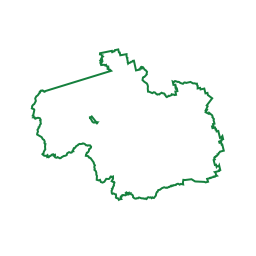 outline of Baw Baw, Victoria, Australia, rotated 248°
{"feature_id": "25037944B5488167520198", "entity_name": "Baw Baw", "entity_type": "district", "adm_level": 2, "iso_a3": "AUS", "parent_name": "Australia", "parent_adm1": "Victoria", "projection": "albers", "projection_center": [146.104, -37.97], "detail": "fine", "context": "isolated", "style": "outline", "palette": "green", "viewbox_px": 256, "rotation_deg": 248, "n_neighbors": 0, "source": "geoboundaries", "source_scale": "gbopen_adm2", "svg_char_len": 5795}
<svg xmlns="http://www.w3.org/2000/svg" viewBox="0 0 256 256"><g transform="rotate(248 128 128)"><path d="M59.5,111.8L59.3,112.4L57.8,114.1L56.9,116.0L56.3,116.5L56.2,117.6L55.2,118.3L55.3,118.9L56.2,120.0L56.2,120.9L55.3,122.1L55.2,123.2L54.1,123.6L54.4,124.8L53.9,125.0L53.4,125.8L54.9,128.5L56.8,129.7L57.9,131.0L57.8,131.5L59.1,132.8L58.8,134.5L59.5,136.9L59.5,139.3L58.2,140.9L58.3,141.5L57.8,142.2L58.1,143.7L57.8,144.1L58.2,145.6L57.9,145.6L57.7,146.4L58.2,147.4L57.6,147.9L57.9,149.0L57.4,150.0L57.5,150.9L57.3,151.1L57.7,151.7L57.7,153.1L57.4,153.8L56.1,154.7L56.4,155.9L55.0,158.0L56.7,158.4L59.2,159.9L58.4,161.4L56.7,167.7L53.3,170.2L49.4,178.7L48.5,179.6L48.2,182.1L51.2,182.3L50.7,185.7L51.0,185.7L50.4,189.7L50.8,189.6L50.4,192.6L51.5,192.1L53.7,192.4L54.6,192.0L54.0,196.4L54.7,196.5L54.5,197.8L59.1,198.5L58.7,198.1L58.7,197.3L59.3,196.4L58.8,195.6L61.0,195.9L61.2,194.7L66.2,195.4L66.3,196.6L67.0,196.4L68.3,197.0L68.6,197.7L68.3,198.1L69.0,199.2L68.8,199.6L69.1,200.3L69.7,201.3L70.0,201.3L69.8,201.9L70.9,202.9L71.0,203.6L71.6,204.4L71.1,208.3L77.3,209.2L77.4,208.6L79.8,208.9L80.0,207.3L81.3,207.4L81.3,210.1L82.2,210.3L82.0,212.0L85.2,212.5L84.2,210.8L84.5,210.6L84.4,209.6L91.4,210.6L91.6,208.9L93.7,209.2L93.8,208.6L95.8,208.9L96.2,206.3L98.0,206.5L97.8,208.0L99.8,208.3L99.6,209.8L103.3,210.3L104.1,211.0L106.4,210.3L106.8,210.7L108.2,210.8L111.7,208.9L110.9,208.2L113.5,205.9L115.1,207.8L115.4,206.8L118.3,210.0L119.4,209.4L124.0,217.2L128.6,214.4L130.8,214.8L131.1,212.8L136.0,213.5L136.6,209.7L138.2,209.9L138.6,207.4L140.9,208.4L141.2,208.1L143.3,208.5L143.7,207.3L144.4,206.7L145.0,205.0L147.3,203.2L148.0,198.8L148.5,198.4L149.1,197.3L148.4,195.5L150.2,193.3L151.3,192.8L152.0,191.9L152.1,191.3L153.6,189.7L153.9,189.0L153.4,188.2L153.4,187.7L154.3,186.9L151.0,186.3L150.9,187.0L150.0,187.7L150.1,188.1L148.2,187.8L148.2,187.3L146.5,187.0L146.3,188.1L143.7,187.6L144.1,185.6L140.8,185.0L141.1,183.5L141.9,182.9L142.1,182.2L142.9,181.2L142.2,180.7L142.2,178.0L142.6,177.8L142.1,175.6L143.1,175.0L144.5,175.0L145.1,174.5L145.9,174.7L146.6,174.3L147.3,173.0L148.1,172.4L147.7,170.2L147.4,169.6L148.1,168.4L148.0,167.7L148.9,167.0L150.8,166.3L151.5,165.3L151.2,163.6L153.7,161.2L154.2,160.2L157.2,161.1L159.2,162.1L161.1,162.3L162.3,162.1L164.8,160.4L167.0,159.4L169.2,160.8L169.4,161.7L169.2,162.3L170.7,165.5L171.2,165.5L173.0,166.7L175.0,166.0L175.8,165.3L178.7,164.7L179.5,163.7L179.6,162.7L179.0,162.0L178.6,162.4L179.1,162.5L179.4,163.2L178.4,163.4L178.5,163.0L178.1,162.8L178.4,162.2L178.3,160.3L178.1,159.9L177.9,160.0L178.4,157.0L188.2,158.7L188.4,157.8L187.9,157.6L188.2,155.6L187.8,154.9L187.9,152.9L187.6,152.2L189.1,152.3L189.9,152.8L191.4,152.9L193.1,153.6L193.2,153.3L195.0,153.5L197.0,154.3L198.3,148.1L201.1,148.6L201.5,147.9L204.5,148.4L205.1,145.0L204.2,144.2L204.6,143.2L204.1,142.1L204.2,141.7L205.6,141.9L207.8,130.1L206.8,129.6L206.4,130.4L205.0,131.0L204.9,131.4L204.3,131.0L203.6,131.4L203.4,130.2L202.4,129.4L201.9,128.5L201.4,128.5L201.7,129.2L201.5,129.7L200.2,129.4L200.5,129.1L200.3,128.8L200.6,127.6L200.0,127.7L199.1,127.0L198.5,128.1L198.0,127.6L198.2,127.2L197.9,126.8L196.4,126.7L195.6,129.4L195.1,130.2L194.5,130.3L194.7,131.3L193.7,131.3L192.8,131.8L192.5,132.4L192.1,132.0L191.6,132.5L190.8,132.3L190.8,131.4L190.5,131.3L190.4,131.8L188.9,132.3L188.8,133.1L187.3,133.8L193.2,65.3L192.8,64.3L193.0,63.9L193.6,63.9L194.8,62.9L194.6,62.1L195.3,61.5L194.7,59.8L193.8,59.7L193.4,58.3L192.8,57.8L192.0,56.3L191.7,54.9L190.7,53.6L190.0,53.0L187.6,52.7L185.3,50.0L185.1,48.8L184.1,47.2L182.9,46.8L182.2,46.2L180.5,47.9L179.8,47.9L175.9,45.3L175.1,44.3L174.3,45.0L173.4,44.8L173.2,44.3L172.5,45.5L171.6,45.3L171.3,45.6L171.4,47.2L171.2,48.4L170.1,49.9L168.5,50.1L168.0,49.4L167.4,49.7L166.3,49.1L164.6,48.8L163.8,47.4L162.3,46.4L162.2,45.4L161.4,45.2L160.2,43.4L158.4,43.2L157.1,41.9L156.0,41.3L151.9,44.5L149.6,44.8L148.3,45.7L147.1,45.7L146.2,45.6L145.5,44.9L144.0,45.0L143.9,45.3L142.1,44.2L139.0,43.2L138.6,42.3L137.1,40.7L135.9,40.1L136.0,39.1L135.7,38.8L133.7,39.9L133.2,40.8L132.9,41.9L132.6,42.0L133.0,43.2L132.4,43.2L131.2,42.4L131.0,43.2L130.6,43.5L131.3,45.2L131.1,45.7L131.8,47.3L131.7,48.6L130.7,48.5L130.6,50.3L130.0,50.2L129.2,49.1L127.9,49.6L127.1,50.8L127.4,51.8L125.5,53.4L125.3,54.3L125.8,55.6L126.1,58.1L125.8,59.0L125.8,60.9L127.3,62.1L127.7,64.3L126.5,65.7L126.4,66.7L127.1,67.6L126.9,68.5L127.9,68.4L128.5,69.5L129.1,69.7L129.6,70.4L129.3,70.8L129.7,71.9L130.6,73.2L130.8,75.1L131.2,75.5L131.4,77.1L130.9,77.9L130.4,80.1L130.6,80.4L130.2,81.1L129.4,81.9L127.6,82.7L127.5,83.4L126.7,84.0L126.7,85.1L126.0,86.4L125.1,86.6L124.7,86.4L124.4,86.7L123.8,86.4L123.0,85.0L123.0,84.0L121.5,83.2L120.5,81.8L120.5,80.6L119.9,80.4L119.2,79.2L118.0,78.5L117.1,80.2L116.5,80.7L115.4,80.6L115.1,81.2L114.2,81.6L114.1,82.0L108.8,83.3L107.9,83.0L105.7,83.3L105.3,82.6L104.1,82.0L102.5,81.9L101.8,81.2L100.1,82.0L98.5,81.9L96.5,81.1L95.3,81.3L91.7,79.6L90.4,81.2L90.4,82.6L88.1,82.6L86.9,84.0L87.0,85.9L89.0,88.8L87.9,91.1L88.0,91.8L89.5,93.7L89.5,94.0L88.6,94.3L88.6,95.9L86.5,95.1L84.8,92.9L83.5,94.0L83.3,94.8L82.5,95.0L80.5,93.4L79.9,93.4L78.8,91.8L78.2,91.6L77.8,90.7L77.6,90.9L77.0,90.5L76.0,89.3L73.8,88.6L72.8,88.8L72.7,90.2L71.3,91.2L71.0,91.9L69.3,91.5L68.4,90.8L67.5,90.9L66.5,92.4L64.8,92.6L65.0,93.7L64.6,95.2L66.4,95.1L66.5,95.9L67.2,95.9L67.3,97.3L67.8,97.4L67.8,98.2L66.5,100.5L66.6,101.0L67.8,101.9L68.6,101.6L68.9,102.4L67.8,103.1L67.7,103.9L67.2,103.3L66.3,103.1L66.1,103.7L66.7,105.3L66.5,106.0L66.0,105.7L65.4,106.0L64.5,107.0L63.0,107.2L61.9,106.8L60.3,107.7L59.5,108.9L59.6,109.9L59.1,110.9L59.5,111.8ZM143.8,100.1L144.6,101.7L146.0,98.0L147.3,97.3L150.9,96.9L151.3,96.4L152.2,96.7L152.0,97.6L152.3,98.7L145.5,100.7L144.7,102.0L143.9,101.1L143.8,100.1Z" fill="none" stroke="#15803d" stroke-width="2"/></g></svg>